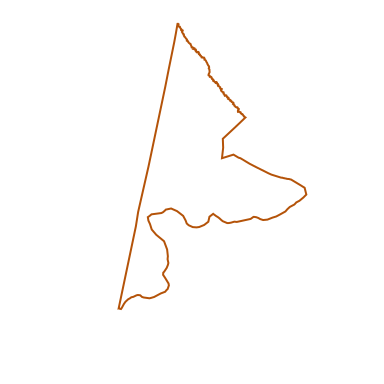 the district of Vubwi, Eastern, Zambia, rotated 121°
{"feature_id": "96606910B99969900210710", "entity_name": "Vubwi", "entity_type": "district", "adm_level": 2, "iso_a3": "ZMB", "parent_name": "Zambia", "parent_adm1": "Eastern", "projection": "orthographic", "projection_center": [32.719, -13.993], "detail": "fine", "context": "isolated", "style": "outline", "palette": "amber", "viewbox_px": 384, "rotation_deg": 121, "n_neighbors": 0, "source": "geoboundaries", "source_scale": "gbopen_adm2", "svg_char_len": 5403}
<svg xmlns="http://www.w3.org/2000/svg" viewBox="0 0 384 384"><g transform="rotate(121 192 192)"><path d="M54.6,291.3L64.4,287.5L72.7,284.4L99.0,275.1L115.6,269.1L166.9,251.3L192.3,242.5L236.8,227.9L250.4,222.4L329.3,195.0L328.9,194.7L329.4,194.2L328.9,192.6L327.4,192.5L323.1,192.7L320.4,192.5L316.9,191.5L315.0,190.4L313.5,189.8L312.1,188.3L309.2,186.4L308.2,185.4L307.5,183.9L307.2,183.1L307.7,180.9L307.3,179.1L305.0,173.7L303.7,172.4L301.5,170.4L295.0,166.5L291.3,163.6L289.4,163.4L287.8,162.9L284.0,163.7L282.5,165.0L279.4,170.9L277.9,174.1L275.9,175.1L274.6,174.8L270.1,174.6L266.9,175.1L265.0,175.7L262.2,178.3L259.5,179.6L254.1,183.7L248.6,190.6L247.1,200.6L244.9,207.2L241.1,211.5L239.0,214.6L236.3,216.9L234.6,216.1L232.0,215.2L225.8,207.4L224.2,206.4L221.7,205.6L220.6,205.4L216.9,201.4L216.1,195.0L217.0,187.3L219.7,182.8L221.7,180.3L222.2,177.7L221.7,173.3L220.0,169.9L218.3,167.8L214.0,164.6L209.1,162.7L204.2,164.3L199.8,162.6L199.9,162.0L200.2,158.8L200.2,156.9L200.4,155.0L200.9,152.6L201.2,150.7L200.5,145.8L199.6,144.4L198.2,142.8L195.6,140.4L194.6,138.2L184.9,127.9L181.7,126.5L181.4,126.1L180.5,123.9L180.1,121.7L180.1,119.7L179.4,116.6L176.8,113.1L172.5,109.8L169.6,107.2L166.3,105.2L160.6,101.9L157.7,101.4L154.5,100.5L150.0,97.8L147.6,97.3L147.3,97.3L144.2,95.4L139.4,93.7L135.3,92.7L130.4,97.6L130.3,102.7L130.3,113.0L130.3,113.6L130.6,114.3L130.9,115.5L131.8,117.3L132.1,118.5L132.4,119.1L132.7,120.2L133.0,120.8L133.2,121.9L133.8,123.0L136.2,132.9L136.6,136.3L136.9,140.5L137.6,149.3L138.1,157.0L138.1,167.9L138.6,169.8L138.6,175.7L147.6,183.7L138.0,188.1L130.5,193.0L110.9,187.4L100.6,184.6L100.6,185.2L100.8,185.4L100.7,185.8L100.3,186.1L100.2,186.4L100.3,186.8L99.6,188.2L99.6,188.6L99.4,188.6L99.3,188.9L99.3,189.1L99.6,189.3L99.5,189.9L99.4,190.9L99.2,191.1L98.9,191.1L98.6,191.5L98.7,191.8L99.0,192.7L99.2,193.1L99.3,193.5L99.6,193.8L99.1,194.3L98.2,194.7L97.8,194.7L97.4,194.3L97.0,194.6L96.7,194.7L96.7,195.7L96.5,196.1L96.1,196.4L96.0,196.7L96.1,196.9L96.4,197.1L96.5,197.0L96.6,197.5L96.6,198.0L96.5,198.3L96.6,198.6L96.5,199.0L96.2,199.5L96.2,199.8L96.2,200.1L95.7,200.4L95.7,200.5L95.6,201.2L95.6,201.7L95.5,202.1L94.6,202.0L94.4,202.1L94.1,202.8L94.3,203.3L94.4,204.2L94.4,204.4L94.3,204.6L94.0,204.6L93.9,204.7L93.8,204.9L93.8,205.4L94.1,206.0L94.1,206.3L93.4,206.5L93.4,207.2L93.5,207.8L93.3,208.3L93.6,208.7L93.6,208.9L93.3,208.9L93.1,208.8L92.7,208.9L92.5,209.1L92.4,209.6L92.8,210.3L92.8,210.6L92.5,211.0L92.2,211.1L92.2,211.6L91.9,211.8L91.7,212.0L91.5,212.3L91.7,212.7L92.0,212.9L92.3,213.3L92.6,213.5L92.4,213.9L91.9,214.2L91.6,214.5L91.5,214.8L91.6,215.4L91.3,215.9L91.1,216.0L90.7,216.0L90.3,216.2L90.3,216.5L90.5,216.9L90.5,217.5L90.5,217.8L90.5,218.0L90.4,218.3L90.4,218.6L90.0,219.4L89.8,219.6L89.6,219.5L89.4,219.4L89.1,219.4L88.7,219.4L88.4,219.5L88.6,220.4L88.6,220.9L88.7,221.1L88.6,221.3L88.2,221.4L87.7,221.8L87.6,222.6L87.6,223.3L87.1,224.1L86.3,225.0L86.5,225.2L86.8,225.2L86.3,225.7L85.6,226.9L85.3,227.1L85.3,227.5L85.2,227.8L85.3,228.0L85.5,228.0L85.9,227.8L86.0,227.8L86.2,227.5L86.3,227.5L86.4,227.8L86.0,228.8L85.9,229.0L85.9,229.5L85.7,230.2L85.4,230.5L85.5,230.7L85.8,230.8L85.8,231.2L85.6,231.3L85.0,231.3L84.8,231.5L84.6,232.1L84.8,232.8L84.8,233.1L84.2,233.5L84.2,234.1L84.1,234.3L83.9,234.4L83.7,234.4L83.5,234.6L83.5,235.7L83.5,235.8L83.8,235.9L83.9,236.0L83.7,236.1L83.6,236.5L83.4,236.6L83.2,237.0L83.3,237.5L83.5,237.7L83.5,237.8L83.3,238.1L82.8,238.2L82.7,238.3L82.4,238.4L81.8,238.5L81.3,238.5L80.3,238.6L80.1,238.7L79.1,239.4L78.6,239.8L77.9,240.2L77.6,241.1L77.3,241.4L76.3,241.5L75.5,242.2L75.4,242.4L75.4,242.7L75.3,243.0L75.0,243.6L74.6,244.1L74.5,244.5L74.2,244.8L73.6,245.5L73.4,246.1L72.2,247.9L72.1,248.2L72.1,248.7L72.0,249.2L72.1,249.5L71.7,249.7L71.5,250.0L71.3,250.1L71.0,250.1L70.9,250.6L70.9,250.9L70.7,251.0L70.8,251.3L71.1,251.6L71.2,252.1L71.1,252.4L71.1,252.7L71.3,252.8L71.6,252.8L71.7,253.1L71.3,253.5L70.7,254.4L70.7,254.6L70.8,255.1L70.8,255.5L70.7,255.6L70.4,255.5L70.0,256.0L70.0,256.4L70.3,256.8L70.3,257.1L70.0,257.3L69.5,257.8L69.0,257.9L68.9,258.0L68.9,258.4L68.7,258.6L68.7,258.8L68.9,259.1L69.2,259.2L69.5,259.2L69.8,259.8L69.7,260.0L69.4,260.1L69.5,260.4L69.3,260.8L69.2,260.9L69.3,261.0L69.2,261.1L69.2,261.5L68.7,261.8L68.6,262.2L68.3,262.1L68.1,261.9L68.0,262.0L67.9,262.3L68.0,262.7L68.0,262.8L68.1,263.2L68.4,263.1L68.5,263.2L68.5,263.3L68.3,263.6L68.5,264.1L67.9,263.9L67.6,264.0L67.8,265.3L67.9,265.5L68.0,265.8L68.1,266.1L67.9,266.1L68.0,266.4L68.0,266.6L67.8,266.7L67.8,267.0L67.6,267.0L67.3,267.7L66.5,268.8L66.3,269.0L66.2,269.2L66.2,269.4L65.8,269.7L65.9,270.1L65.8,271.4L65.7,271.8L65.5,272.3L65.4,272.5L65.1,272.6L65.0,272.9L64.8,273.2L64.8,273.4L65.0,273.8L65.0,274.4L64.8,274.5L64.8,274.4L64.6,274.4L64.4,274.4L64.3,274.7L64.1,274.8L63.9,274.9L63.7,275.4L63.5,276.4L63.2,276.9L62.8,277.5L62.8,278.4L62.5,279.0L62.0,279.3L61.7,279.7L61.2,280.1L61.4,280.5L60.9,280.9L60.8,281.1L60.8,281.6L60.4,282.2L60.3,282.4L60.1,282.7L60.0,283.0L59.7,283.1L58.5,283.0L58.4,283.1L58.6,283.4L58.9,283.4L58.8,283.7L58.8,283.9L59.0,284.0L58.9,284.6L58.8,284.8L58.6,284.9L58.4,284.8L58.1,284.6L58.0,284.9L58.3,285.0L58.1,285.3L57.6,286.0L57.3,286.8L57.2,287.0L56.6,287.5L56.7,287.8L57.0,287.9L56.9,288.5L56.7,288.7L56.5,289.2L56.3,289.5L56.2,289.7L55.3,289.8L55.1,289.9L55.1,290.0L55.1,290.5L55.4,290.6L54.8,291.1L54.7,291.2L54.6,291.3Z" fill="none" stroke="#b45309" stroke-width="2"/></g></svg>